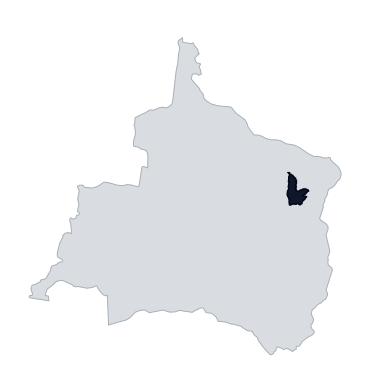 Lisala, Équateur, Democratic Republic of the Congo shown in context, rotated 97°
{"feature_id": "63176286B55618881730154", "entity_name": "Lisala", "entity_type": "district", "adm_level": 2, "iso_a3": "COD", "parent_name": "Democratic Republic of the Congo", "parent_adm1": "Équateur", "projection": "orthographic", "projection_center": [20.812, 2.549], "detail": "fine", "context": "in_parent", "style": "filled", "palette": "ink", "viewbox_px": 384, "rotation_deg": 97, "n_neighbors": 0, "source": "geoboundaries", "source_scale": "gbopen_adm2", "svg_char_len": 7625}
<svg xmlns="http://www.w3.org/2000/svg" viewBox="0 0 384 384"><g transform="rotate(97 192 192)"><path d="M334.2,258.6L305.0,263.4L305.5,265.0L305.2,266.8L304.4,268.1L301.4,271.7L296.9,275.1L296.9,275.9L299.0,279.5L300.3,284.6L299.7,293.4L300.3,295.8L300.1,297.7L298.6,299.8L295.4,310.4L297.2,315.5L302.8,320.3L306.0,323.8L311.6,325.1L312.5,324.9L312.9,321.9L317.4,320.8L316.8,339.6L316.4,340.6L315.6,340.9L314.5,340.3L314.3,338.5L313.1,337.7L307.6,340.1L306.2,340.0L304.7,339.6L303.6,338.7L303.3,337.3L299.7,331.8L297.8,331.4L295.8,326.5L287.2,322.9L283.9,322.7L282.2,321.6L280.6,317.7L277.8,315.2L277.2,312.4L276.6,312.0L274.8,312.6L273.2,317.0L271.2,318.1L267.7,318.2L258.8,317.0L252.5,314.7L250.8,314.9L248.3,312.8L247.3,309.4L247.9,306.8L247.4,306.4L237.6,308.7L235.3,310.0L233.1,309.7L232.4,309.0L233.4,307.1L232.9,305.2L232.2,304.3L229.3,303.6L228.4,301.5L226.7,301.2L226.1,301.5L225.6,302.9L224.6,303.4L218.8,302.7L212.6,304.6L204.5,304.1L200.6,306.3L200.1,306.3L199.2,305.1L198.5,301.5L198.9,300.6L200.1,299.9L200.5,298.4L200.2,294.7L200.5,293.8L200.1,291.6L198.9,288.2L197.2,285.4L193.5,281.2L192.8,279.3L193.1,274.5L194.3,267.1L194.2,261.5L192.7,257.9L192.4,254.0L193.3,247.0L192.4,245.3L173.7,244.7L172.9,244.2L172.5,243.2L173.4,239.0L162.0,240.1L158.6,240.9L156.5,242.6L155.8,244.7L155.7,247.8L154.0,250.7L153.6,255.6L150.4,256.1L147.2,256.1L141.2,255.1L135.3,256.5L132.4,257.8L130.9,257.1L125.6,257.6L124.9,257.3L118.7,247.5L116.0,244.3L115.5,242.7L115.7,241.2L114.9,239.2L112.1,234.2L111.5,231.8L111.6,228.2L111.3,226.9L108.7,223.8L107.0,222.7L105.2,222.2L74.7,222.5L64.6,221.8L57.3,222.2L53.6,221.9L52.6,221.5L49.2,222.1L47.5,223.4L44.9,224.1L43.2,223.8L40.1,220.2L44.3,219.5L44.6,219.2L44.8,210.5L43.7,209.2L45.9,207.8L49.6,203.9L53.2,202.6L53.6,201.8L54.4,201.9L55.8,203.5L58.9,205.6L62.8,203.8L63.2,203.3L63.6,199.5L64.6,199.2L66.3,200.0L67.2,200.0L68.9,199.0L73.8,197.1L75.3,199.5L74.0,201.7L74.6,203.2L74.7,205.6L75.5,206.1L79.4,206.4L80.6,205.9L88.3,197.3L90.3,196.3L93.6,192.9L97.9,191.4L99.8,188.7L102.2,183.9L103.3,177.0L102.9,165.0L103.2,163.3L108.4,158.0L113.9,148.1L117.5,145.6L120.2,144.5L124.5,140.9L127.8,137.3L127.4,133.0L128.2,129.3L130.0,124.8L130.6,119.9L130.0,114.8L130.2,110.6L132.7,103.9L133.0,96.2L135.2,89.7L139.7,81.6L141.8,75.5L141.4,69.5L142.1,65.0L141.8,62.4L141.0,60.2L141.4,58.7L143.1,58.2L145.2,55.9L149.1,50.0L153.1,47.1L156.0,46.2L158.9,46.3L160.9,46.8L164.0,49.2L167.6,51.0L170.3,53.3L172.9,56.9L179.3,57.7L182.0,59.0L183.6,59.5L184.3,59.1L185.6,59.3L188.6,60.4L191.0,59.8L202.7,62.1L204.1,61.0L207.4,54.8L209.8,52.7L213.8,52.5L217.0,53.6L218.6,53.6L233.0,48.3L234.9,48.0L240.2,49.3L243.6,48.4L245.0,48.7L247.9,47.8L250.3,44.0L252.2,43.1L272.9,47.0L276.1,45.1L277.6,44.9L282.2,46.3L283.6,48.5L286.4,50.5L288.4,53.7L291.4,55.5L293.0,57.2L294.8,58.4L298.6,58.8L303.3,55.8L306.7,56.1L310.0,57.7L311.2,57.6L313.7,55.9L315.0,54.0L316.3,53.6L318.3,54.4L320.0,56.1L321.4,58.6L326.6,64.1L331.6,66.4L332.9,69.8L334.7,69.4L335.6,69.7L336.9,71.9L337.8,72.3L338.0,73.2L336.8,75.2L335.6,79.1L337.2,81.5L335.9,84.9L335.3,88.5L336.9,89.4L339.0,89.3L340.9,91.2L342.4,91.4L343.9,93.4L343.6,95.1L338.8,100.9L331.4,108.1L329.0,109.0L327.7,110.3L326.8,112.4L324.6,114.2L323.0,114.9L322.9,120.0L320.4,125.4L319.4,126.5L318.1,135.2L318.3,136.7L316.9,143.8L317.2,150.3L313.6,152.4L311.1,155.7L310.0,158.0L310.0,163.3L305.9,166.6L305.6,167.4L306.6,171.1L308.1,171.7L308.1,173.0L311.4,177.0L311.1,189.5L311.3,190.7L312.9,193.7L314.0,199.3L312.7,206.5L317.0,219.6L314.9,224.4L315.8,229.0L318.3,233.7L324.5,238.4L326.1,240.4L327.7,243.0L329.1,247.0L334.2,258.6Z" fill="#d9dde1" stroke="#a8b0b8" stroke-width="1"/><path d="M192.9,93.5L192.9,93.4L192.9,93.1L193.0,92.6L192.7,92.2L192.2,91.9L192.1,91.3L192.0,91.0L191.7,90.6L191.5,89.5L191.5,88.2L191.4,87.0L191.1,86.8L190.9,86.7L190.6,86.0L190.5,85.7L190.5,85.4L190.6,85.1L190.9,84.9L191.2,84.4L191.3,84.2L191.4,83.8L191.5,83.7L191.6,83.3L191.4,83.2L191.2,82.9L190.9,82.6L190.7,82.4L190.3,82.0L190.3,81.9L190.3,81.7L190.2,81.6L190.0,81.8L189.9,81.7L189.8,81.8L189.7,81.7L189.5,81.8L189.4,81.7L189.2,81.5L188.9,81.6L188.7,81.5L188.4,81.5L188.2,81.4L187.9,81.2L187.7,81.1L187.3,80.9L187.2,80.9L187.1,80.7L186.9,80.5L186.9,80.4L186.7,80.2L186.4,80.0L185.9,80.0L185.7,79.8L185.7,79.7L185.4,79.7L185.3,79.4L185.2,79.5L185.0,79.4L184.9,79.4L184.9,79.2L184.9,79.3L184.8,79.2L184.7,79.3L184.6,79.1L184.4,79.0L184.4,78.8L184.2,78.7L183.9,78.5L183.5,78.4L183.4,78.3L183.4,78.2L183.1,78.0L182.9,78.0L182.9,77.8L182.7,77.8L182.6,78.1L182.6,78.8L182.4,79.2L182.4,79.8L182.3,81.5L182.1,81.5L180.7,80.3L180.7,80.2L180.6,79.7L180.5,79.4L179.6,78.6L179.4,78.6L179.1,78.8L178.9,78.7L178.5,78.4L178.3,78.0L178.2,77.9L178.1,77.7L177.6,77.5L177.4,77.3L177.2,77.1L177.1,76.8L177.0,76.7L176.9,76.5L176.8,76.4L176.7,76.4L176.5,76.5L176.4,76.7L176.2,76.8L176.2,77.0L175.9,77.2L175.7,77.4L175.7,77.6L175.6,77.8L175.6,78.1L175.5,78.3L175.6,78.5L175.4,79.1L175.5,79.3L175.4,79.4L175.3,79.2L175.2,79.2L175.2,79.3L175.5,79.8L175.4,80.0L175.5,80.0L175.6,80.3L175.7,80.5L175.4,80.6L175.5,80.7L175.5,80.9L175.5,81.0L175.4,81.3L175.8,81.4L175.6,81.7L175.6,81.8L175.8,81.9L175.9,82.0L175.7,82.2L175.7,82.3L176.0,82.4L176.1,82.5L176.2,82.8L176.1,83.0L176.4,83.2L176.5,83.1L176.7,83.5L176.8,83.7L176.7,83.9L176.7,84.0L176.8,84.2L176.8,84.4L176.8,84.5L177.1,84.7L177.1,84.8L177.2,85.1L177.3,85.2L177.4,85.3L177.7,85.6L177.9,85.8L178.1,86.1L178.2,86.3L178.3,86.5L178.5,86.7L178.5,86.9L178.6,87.2L178.4,87.4L177.9,88.3L177.7,88.5L177.4,88.5L177.1,88.8L177.0,89.0L176.9,89.2L176.8,89.4L176.8,89.5L176.7,89.5L176.5,89.4L176.4,89.4L176.4,89.6L176.3,89.8L176.2,89.7L175.9,89.8L175.8,89.7L175.7,89.6L175.8,89.4L175.7,89.3L175.4,89.4L175.2,89.6L174.8,89.8L174.7,89.8L174.6,89.7L174.6,89.4L174.4,89.5L174.2,89.4L174.2,89.5L173.9,89.6L173.6,89.7L173.4,89.9L173.2,89.9L173.1,89.7L172.9,89.9L172.8,90.0L172.7,89.8L172.4,89.9L172.3,90.1L172.1,90.1L172.1,89.8L172.1,89.7L171.9,89.7L171.6,89.6L171.1,89.5L170.9,89.7L170.4,89.5L170.2,89.7L169.8,89.5L169.4,89.8L169.0,89.7L168.9,89.7L168.7,90.0L168.5,89.8L168.4,89.7L168.2,89.7L168.1,89.8L168.1,90.0L167.9,90.1L167.7,89.9L167.5,90.1L167.1,90.3L166.9,90.5L166.7,90.7L166.5,90.8L166.2,90.9L165.6,91.0L165.7,91.3L165.6,91.5L165.5,91.8L165.5,92.0L165.2,92.2L165.1,92.4L165.0,92.5L164.8,92.4L164.6,92.5L164.5,92.8L164.6,93.0L164.3,93.2L164.3,93.5L164.2,93.6L163.8,93.5L163.7,93.6L163.5,93.9L163.3,94.0L163.2,94.1L163.2,94.3L163.3,94.3L163.3,94.5L163.2,94.5L163.0,94.9L162.9,95.1L163.0,95.5L162.9,95.5L162.7,95.6L162.7,95.8L162.8,96.0L162.6,96.2L162.4,96.2L162.4,96.3L162.4,96.6L162.4,96.8L162.2,96.9L162.1,97.0L162.0,97.3L161.7,97.1L161.5,97.3L161.3,97.3L161.2,97.4L161.1,97.8L160.9,98.0L161.0,98.3L161.1,98.9L161.6,98.4L161.9,97.9L162.2,97.7L162.6,97.5L163.6,97.4L164.1,97.4L164.4,97.5L165.0,97.8L165.5,97.7L165.9,97.7L166.6,97.6L167.1,97.6L167.4,97.5L167.8,97.5L168.0,97.5L168.5,97.6L168.8,97.5L169.1,97.5L169.4,97.5L170.1,97.5L170.6,97.3L170.7,97.2L171.4,96.9L171.7,96.8L171.9,96.8L172.3,96.9L172.6,96.9L173.2,97.0L173.4,97.0L174.2,97.0L174.4,97.0L175.1,96.9L175.2,97.0L175.4,96.9L175.6,96.9L175.9,96.6L176.0,96.6L176.9,96.4L177.1,96.4L177.6,96.5L178.0,96.8L178.4,96.7L178.6,96.8L178.8,96.9L178.9,97.0L179.3,97.2L179.6,97.1L180.1,97.3L180.7,97.3L180.9,97.3L181.1,97.2L181.7,97.2L181.9,97.1L182.1,97.1L182.4,97.3L182.6,97.3L182.8,97.2L183.3,97.1L183.7,97.0L184.2,96.6L184.5,96.5L184.6,96.3L184.8,96.3L184.8,96.1L185.4,95.8L185.6,95.6L186.1,95.3L186.5,95.1L186.9,95.0L187.0,95.0L188.0,94.7L188.6,94.5L189.5,94.5L189.8,94.4L190.3,94.3L190.5,94.3L190.9,94.3L192.2,93.8L192.4,93.8L192.4,93.7L192.9,93.5Z" fill="#0f172a" stroke="#020617" stroke-width="1.5"/></g></svg>